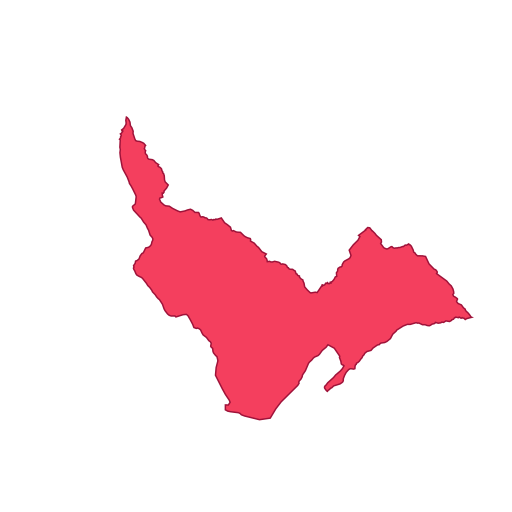 Capital, Salta, Argentina, rotated 138°
{"feature_id": "61730980B15488687390300", "entity_name": "Capital", "entity_type": "district", "adm_level": 2, "iso_a3": "ARG", "parent_name": "Argentina", "parent_adm1": "Salta", "projection": "equal_earth", "projection_center": [-65.343, -24.972], "detail": "fine", "context": "isolated", "style": "filled", "palette": "rose", "viewbox_px": 512, "rotation_deg": 138, "n_neighbors": 0, "source": "geoboundaries", "source_scale": "gbopen_adm2", "svg_char_len": 6118}
<svg xmlns="http://www.w3.org/2000/svg" viewBox="0 0 512 512"><g transform="rotate(138 256 256)"><path d="M279.3,434.1L279.2,433.1L284.4,427.9L285.6,425.9L288.0,423.8L290.7,420.1L296.0,411.5L296.9,409.1L298.9,400.8L300.7,396.0L301.5,394.6L301.9,391.9L302.7,388.5L304.7,381.5L305.4,380.2L310.3,375.9L311.2,375.4L313.8,375.6L314.9,375.3L315.4,374.5L316.3,372.0L316.2,362.6L316.0,360.9L316.8,356.5L316.9,352.7L318.1,349.2L318.6,347.0L320.7,342.4L320.7,339.3L321.2,337.7L322.4,336.7L323.8,336.2L325.9,334.7L327.2,334.3L328.4,334.2L330.1,334.4L332.6,335.8L336.8,334.1L338.2,333.8L339.1,334.2L342.0,333.6L344.9,332.1L347.4,332.2L348.9,332.8L350.7,331.4L353.4,330.8L354.1,329.4L355.2,329.0L355.7,327.9L356.1,326.0L357.1,323.2L357.3,321.5L356.5,319.1L355.5,316.8L355.3,315.3L355.7,309.1L356.2,306.4L356.0,303.7L356.4,300.1L356.9,298.7L356.8,294.6L357.2,292.2L357.2,289.5L356.9,288.3L357.8,282.7L359.7,278.2L360.2,276.1L360.5,272.1L360.2,270.1L359.2,268.2L356.4,265.7L356.3,264.3L349.5,261.2L346.8,259.2L346.5,257.2L347.5,252.5L348.8,247.5L350.0,244.4L348.8,242.1L347.7,241.6L346.9,240.0L346.6,238.2L347.6,235.1L348.1,232.7L347.3,228.6L347.7,224.6L347.3,222.8L347.7,221.1L350.0,219.3L350.3,218.1L350.0,216.4L351.8,213.9L352.4,212.4L352.6,208.9L352.3,207.5L353.7,204.8L354.5,203.6L355.5,202.9L360.2,199.8L365.9,194.5L369.9,179.8L371.4,173.4L372.3,166.9L373.1,164.6L376.3,163.8L378.4,165.8L381.7,162.2L380.8,159.6L379.1,157.3L373.9,151.3L373.2,149.7L373.1,147.8L371.5,144.7L362.9,132.0L353.9,126.0L343.5,129.2L334.9,130.8L311.6,131.9L309.2,132.6L308.6,133.7L307.5,134.2L305.1,134.4L302.6,135.3L301.0,136.5L296.1,137.7L288.8,141.1L287.3,141.4L284.2,141.4L281.7,141.8L280.0,141.7L276.6,140.5L274.7,140.5L270.0,141.5L264.9,141.3L261.9,141.9L259.5,135.1L260.8,125.5L261.9,124.7L263.4,120.9L264.8,118.8L264.7,117.3L264.1,116.4L264.1,115.5L267.1,114.5L270.2,114.1L276.4,114.3L279.7,113.8L287.5,113.8L290.5,113.2L291.4,113.3L292.8,112.8L293.4,111.9L293.7,109.9L293.7,108.2L293.5,107.6L292.3,107.9L290.5,107.6L289.3,107.9L288.0,107.4L285.2,107.5L279.1,104.7L276.8,104.4L275.8,104.4L274.6,104.9L273.2,106.4L270.1,108.0L266.8,109.2L263.2,109.6L261.9,109.3L261.0,108.9L259.1,106.6L257.9,106.1L256.4,107.6L255.1,108.5L254.1,108.4L253.0,109.1L251.7,108.7L249.6,108.7L246.5,109.4L245.5,109.4L243.4,110.3L241.9,110.3L240.4,110.9L237.5,110.8L233.7,108.9L230.5,109.3L225.2,108.6L223.6,107.6L222.2,107.9L221.1,107.5L218.3,105.6L215.9,104.9L211.3,104.7L206.7,106.4L202.2,106.4L201.1,106.8L193.5,105.5L189.2,103.9L187.2,102.0L181.6,99.3L181.0,98.1L180.5,97.9L179.6,96.8L178.3,93.6L176.3,91.8L175.3,89.8L173.9,88.2L172.8,87.8L170.6,87.5L168.9,86.5L168.0,86.3L167.1,86.6L165.6,84.2L163.4,82.7L162.1,82.5L161.0,81.1L158.3,80.7L156.0,77.8L153.7,77.3L153.0,77.6L151.6,76.9L149.7,77.3L148.9,76.8L148.4,76.9L146.9,74.7L145.9,74.7L145.2,72.5L144.0,72.2L143.8,71.4L143.1,70.7L143.0,68.8L141.3,68.5L136.7,66.1L137.0,66.8L136.6,69.6L136.5,72.8L136.8,73.7L136.6,75.7L136.1,76.4L136.5,78.7L136.1,82.2L137.6,85.5L137.5,87.8L136.9,88.4L135.4,88.9L134.9,89.5L135.4,92.1L136.1,93.9L135.5,95.7L134.0,95.9L133.0,97.2L131.7,99.7L130.9,103.1L131.2,106.2L131.0,109.7L133.6,122.1L132.7,122.3L132.0,122.8L131.7,124.2L131.7,125.6L132.4,126.9L132.7,134.4L130.3,142.2L132.3,144.8L135.9,148.1L136.1,150.5L135.8,151.6L136.2,153.4L135.2,155.2L134.0,159.3L134.0,161.1L134.6,161.9L134.4,162.8L136.9,163.3L137.8,164.3L140.2,164.4L140.6,164.9L143.4,166.0L144.4,166.9L145.7,167.5L146.6,168.4L147.8,169.0L148.6,170.4L148.7,172.0L149.3,172.5L153.3,173.2L154.2,173.8L155.3,175.9L155.5,176.9L155.0,181.9L153.4,182.4L152.0,184.3L152.7,190.8L152.5,193.2L152.7,196.9L152.9,197.0L152.6,200.8L153.9,202.4L157.1,202.3L157.1,201.9L166.0,202.7L165.8,200.9L169.7,199.5L176.2,199.2L182.8,198.0L185.0,192.9L187.1,191.8L188.8,191.8L193.4,192.9L194.9,192.9L197.7,191.9L198.5,191.1L199.6,190.8L201.0,191.6L203.2,191.9L204.1,191.5L205.4,190.2L207.5,189.7L209.7,186.8L211.0,187.4L213.6,186.4L216.5,186.0L218.2,186.7L218.1,186.0L218.3,185.7L219.0,186.2L220.3,186.5L220.7,187.4L220.7,188.5L221.1,188.5L221.4,187.9L222.5,189.2L224.0,188.6L225.2,188.9L226.1,190.3L226.4,190.2L226.3,189.4L226.7,189.2L227.7,189.7L235.0,187.9L236.1,189.4L239.9,191.8L240.3,192.6L240.6,196.4L240.5,200.5L238.5,203.7L237.8,205.9L237.2,206.9L237.8,208.6L237.9,211.0L237.1,212.1L238.0,213.7L237.6,215.3L238.1,216.0L236.9,218.6L237.4,220.0L237.7,221.6L239.4,223.2L240.0,224.2L239.8,225.7L240.3,226.4L239.7,228.2L239.9,230.0L241.5,232.3L242.5,232.8L243.0,233.8L242.8,234.9L243.3,236.2L245.7,239.6L248.0,240.7L249.2,242.0L249.4,242.9L251.4,244.2L250.7,245.3L250.0,246.8L250.0,249.7L249.4,250.2L247.0,250.6L248.8,255.3L248.4,260.8L248.8,262.6L248.7,266.7L250.1,270.8L248.9,271.9L248.6,272.8L250.2,275.4L251.1,277.7L251.4,279.1L251.7,284.0L254.0,286.3L254.7,287.3L255.8,290.0L256.8,290.3L257.2,291.4L255.7,294.5L256.3,298.4L257.1,301.7L256.3,307.5L260.6,309.4L261.0,310.3L262.2,310.4L263.0,311.4L264.0,311.5L264.8,313.1L266.0,313.7L267.3,315.1L267.2,316.8L267.6,317.8L268.3,318.4L268.7,319.9L269.5,321.0L270.8,321.7L270.7,323.5L269.7,325.7L269.6,326.8L272.2,329.3L272.5,332.3L273.4,334.6L276.2,336.1L278.6,337.0L282.8,339.5L284.1,342.0L286.1,347.1L287.1,351.0L289.6,353.8L290.2,355.4L290.7,359.8L289.7,362.8L288.6,363.4L286.9,362.5L285.7,362.2L284.9,363.9L283.6,365.5L282.9,364.7L281.6,365.0L280.9,365.8L277.0,366.3L273.7,367.5L273.9,371.9L273.1,373.7L270.5,377.0L269.5,379.2L269.7,380.2L268.9,381.2L268.8,382.6L268.0,383.7L267.9,384.9L268.0,386.1L268.8,388.0L268.6,388.6L267.2,389.0L268.1,392.5L268.0,395.4L268.6,397.0L270.9,399.7L271.1,400.8L270.7,402.0L270.0,402.7L269.6,404.1L269.7,405.5L269.4,406.6L268.6,407.5L267.5,408.1L267.5,409.3L267.2,410.5L266.6,410.7L265.1,411.9L264.1,412.0L264.0,414.8L264.4,416.1L265.7,418.9L267.6,421.0L268.2,422.3L267.8,423.9L265.7,428.7L265.3,429.5L263.8,430.9L262.4,434.5L262.2,436.4L261.9,437.2L260.1,439.8L259.2,442.7L259.1,444.9L259.4,445.9L262.0,443.9L263.3,442.0L264.5,440.8L269.0,439.4L271.5,439.6L271.8,438.7L271.3,438.3L271.6,437.8L274.0,437.3L275.1,437.5L275.2,437.0L275.0,436.7L275.6,435.6L276.9,435.2L277.7,434.3L279.3,434.1Z" fill="#f43f5e" stroke="#9f1239" stroke-width="1.5"/></g></svg>